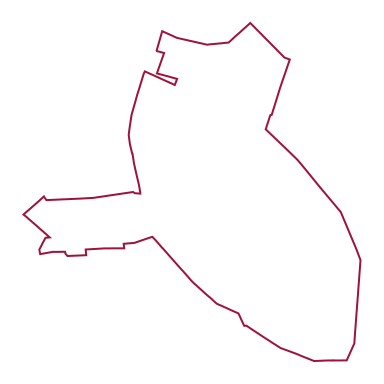 outline of Dudestii Vechi, Timis, Romania
{"feature_id": "2599482B33662802987078", "entity_name": "Dudestii Vechi", "entity_type": "district", "adm_level": 2, "iso_a3": "ROU", "parent_name": "Romania", "parent_adm1": "Timis", "projection": "equal_earth", "projection_center": [20.432, 46.07], "detail": "fine", "context": "isolated", "style": "outline", "palette": "rose", "viewbox_px": 384, "rotation_deg": 0, "n_neighbors": 0, "source": "geoboundaries", "source_scale": "gbopen_adm2", "svg_char_len": 2120}
<svg xmlns="http://www.w3.org/2000/svg" viewBox="0 0 384 384"><path d="M333.3,360.5L346.7,360.4L351.6,349.5L354.3,343.5L355.9,321.4L358.1,292.4L360.5,260.1L356.7,250.0L340.8,212.1L321.4,188.9L320.6,188.0L310.9,176.1L301.6,164.7L297.7,160.1L288.2,150.8L265.7,129.3L270.3,115.2L271.7,114.9L276.4,99.8L280.0,88.1L285.9,70.9L289.8,59.5L284.5,57.6L284.3,57.4L250.3,23.0L250.1,23.2L243.7,28.9L239.4,32.8L237.1,34.8L235.2,36.5L231.0,40.4L228.7,42.5L222.4,43.2L210.2,44.3L207.1,44.7L184.6,39.6L176.8,37.8L174.3,36.7L172.5,35.8L169.8,34.6L168.0,33.8L165.3,32.6L162.5,31.3L162.2,31.2L156.7,50.4L156.7,50.8L156.8,51.0L157.0,51.1L164.1,53.0L156.9,73.4L177.1,78.9L174.8,85.0L144.9,71.4L143.9,73.3L141.9,79.7L139.4,87.9L137.1,95.2L135.3,101.8L131.6,114.6L129.6,127.8L128.7,134.9L129.9,144.1L132.2,153.7L132.5,153.7L134.0,163.4L136.2,173.3L138.9,184.7L140.0,190.9L140.2,192.6L140.3,193.6L134.7,193.2L133.1,192.0L117.4,194.3L93.2,197.9L80.3,198.6L46.4,200.1L44.0,196.8L43.9,196.5L43.3,197.0L39.4,200.6L26.5,211.9L23.9,214.2L23.5,214.6L25.6,216.2L28.6,218.9L31.9,221.7L35.0,224.4L38.3,227.3L41.1,229.8L44.0,232.3L47.0,235.0L49.7,237.4L45.5,237.8L43.9,240.8L42.2,243.9L40.8,246.8L39.3,249.6L40.2,254.1L49.9,252.4L52.6,251.9L65.1,251.8L65.4,253.6L67.5,256.0L86.2,255.2L85.7,249.5L104.2,248.4L124.2,248.3L123.7,243.8L134.4,242.9L147.2,238.5L152.3,236.8L155.3,239.9L159.4,244.6L162.3,248.0L162.5,248.0L163.6,249.3L167.5,253.7L171.0,257.7L175.0,262.2L178.5,266.2L179.1,266.8L181.8,269.9L182.6,270.7L185.3,273.7L189.7,278.8L191.7,281.1L192.3,281.7L194.5,283.8L195.8,284.9L199.0,287.8L202.2,290.7L204.9,293.2L207.2,295.2L209.3,297.0L209.5,297.2L209.8,297.3L212.2,299.5L215.9,303.0L216.2,303.2L216.8,303.7L219.4,304.9L222.3,306.1L223.8,306.9L226.5,308.0L227.5,308.5L231.4,310.3L235.9,312.3L238.3,313.3L238.5,313.6L239.3,315.2L240.8,318.5L243.7,324.8L244.0,325.3L244.3,325.9L244.5,325.9L246.3,325.6L248.5,327.1L253.1,330.2L259.7,334.5L264.2,337.5L268.3,340.1L272.4,342.8L276.5,345.4L280.5,348.0L298.1,354.5L300.2,355.5L314.0,361.0L322.7,360.7L322.8,360.6L332.1,360.4L332.0,360.5L333.3,360.5Z" fill="none" stroke="#9f1239" stroke-width="2"/></svg>